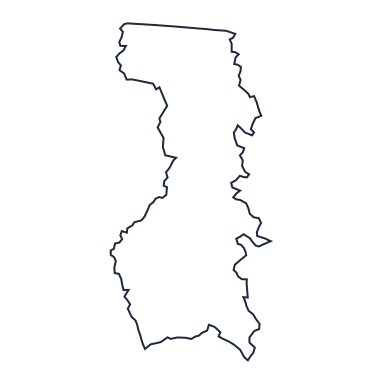 the district of Jesuítas, Paraná, Brazil, rotated 182°
{"feature_id": "56859067B94541808233523", "entity_name": "Jesuítas", "entity_type": "district", "adm_level": 2, "iso_a3": "BRA", "parent_name": "Brazil", "parent_adm1": "Paraná", "projection": "albers", "projection_center": [-53.417, -24.413], "detail": "fine", "context": "isolated", "style": "outline", "palette": "slate", "viewbox_px": 384, "rotation_deg": 182, "n_neighbors": 0, "source": "geoboundaries", "source_scale": "gbopen_adm2", "svg_char_len": 2678}
<svg xmlns="http://www.w3.org/2000/svg" viewBox="0 0 384 384"><g transform="rotate(182 192 192)"><path d="M154.3,351.5L163.4,354.3L175.5,354.7L184.0,355.4L190.3,355.6L214.3,356.8L225.3,357.2L235.4,357.6L262.3,358.3L265.6,357.4L269.6,352.8L266.7,349.7L267.8,344.1L269.9,339.3L268.7,335.6L263.2,335.6L265.5,331.0L269.4,327.9L272.4,324.2L270.4,319.2L267.5,316.0L268.7,311.2L263.9,308.0L261.3,302.1L255.4,302.4L234.7,298.9L231.4,293.3L228.2,295.5L222.0,281.8L219.8,277.3L227.2,264.3L226.0,260.9L228.6,255.3L222.3,245.0L222.7,235.7L221.3,232.0L220.1,227.8L209.1,225.6L211.8,222.8L215.0,215.8L218.7,210.7L216.9,205.6L220.1,202.0L220.5,197.4L217.2,195.9L217.6,188.2L221.3,185.1L224.8,185.8L228.2,184.0L230.2,180.5L233.7,177.7L235.3,173.5L238.5,165.9L241.5,161.9L248.6,159.7L250.4,156.5L255.3,153.5L255.7,149.1L260.8,150.5L262.1,146.1L260.1,142.5L262.9,138.9L267.1,137.9L268.1,132.5L271.2,130.7L271.0,126.3L267.7,124.3L265.7,120.3L267.0,113.9L266.4,108.3L262.1,107.6L259.7,102.5L258.6,97.3L257.0,91.7L252.0,91.9L255.9,85.1L253.0,81.9L249.9,77.6L252.1,73.3L250.1,69.1L247.9,64.9L244.0,61.7L242.1,57.3L241.1,53.1L239.0,47.9L237.5,43.0L235.7,38.1L233.5,33.5L228.1,38.3L222.0,39.8L218.0,40.9L211.4,45.9L208.2,44.5L201.6,46.1L196.7,46.1L193.2,46.1L187.7,45.1L183.5,47.7L180.1,48.7L177.2,51.5L172.0,54.1L170.5,59.9L165.0,58.1L161.7,55.5L158.8,52.7L160.4,48.6L156.3,46.5L149.3,43.5L144.4,40.7L138.5,36.1L133.8,28.5L130.3,25.7L127.2,30.7L125.1,33.5L123.8,38.7L129.3,43.5L129.5,48.6L124.9,55.3L120.2,57.3L119.8,62.5L124.0,67.7L126.6,71.9L131.3,75.3L133.8,80.5L135.0,84.7L137.0,88.7L132.6,88.5L133.6,97.1L134.2,102.5L134.2,106.7L139.0,106.5L143.1,109.3L144.6,112.7L147.7,115.6L146.6,120.9L142.0,125.1L135.6,130.7L136.6,134.7L138.4,138.1L141.2,141.0L144.4,141.7L146.1,146.9L142.2,149.1L139.0,151.6L132.4,147.7L130.0,144.5L126.5,140.7L123.3,139.9L119.0,142.1L111.6,145.6L118.0,148.3L125.3,150.3L125.8,154.1L123.9,159.3L121.9,163.5L124.4,168.2L129.5,168.9L133.5,172.3L135.1,177.7L137.5,182.6L143.5,185.7L147.7,186.2L150.6,188.1L147.4,192.3L144.0,195.1L151.8,197.9L153.2,202.5L148.6,205.2L144.7,209.9L141.2,208.8L137.7,208.5L135.5,211.7L139.5,214.0L142.8,219.6L142.4,225.5L145.4,230.2L142.5,233.7L141.3,237.6L148.4,240.1L151.2,247.2L152.3,252.8L150.3,255.9L148.6,260.2L145.3,257.4L141.1,253.3L133.9,250.7L132.1,253.7L135.4,256.9L133.5,262.8L131.2,268.0L125.4,270.6L127.3,274.4L128.9,279.0L130.4,283.7L133.3,290.0L137.4,288.8L139.0,292.0L144.3,296.5L148.7,299.9L147.4,305.8L149.4,309.8L147.7,314.6L147.5,318.7L150.8,320.8L154.3,321.4L153.1,328.0L150.2,331.2L153.6,333.2L157.2,333.5L157.4,337.2L157.5,341.3L159.6,345.8L156.5,347.4L154.3,351.5Z" fill="none" stroke="#1e293b" stroke-width="2"/></g></svg>